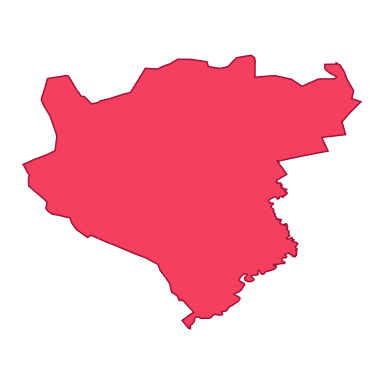 Vilpulkas pag., Rujienas, Latvia
{"feature_id": "27541924B31560097846351", "entity_name": "Vilpulkas pag.", "entity_type": "district", "adm_level": 2, "iso_a3": "LVA", "parent_name": "Latvia", "parent_adm1": "Rujienas", "projection": "equal_earth", "projection_center": [25.244, 57.94], "detail": "fine", "context": "isolated", "style": "filled", "palette": "rose", "viewbox_px": 384, "rotation_deg": 0, "n_neighbors": 0, "source": "geoboundaries", "source_scale": "gbopen_adm2", "svg_char_len": 5965}
<svg xmlns="http://www.w3.org/2000/svg" viewBox="0 0 384 384"><path d="M190.3,328.6L190.2,328.4L190.6,327.3L190.2,325.9L190.7,325.1L192.3,324.1L192.5,323.8L194.4,321.1L194.5,320.7L194.8,318.2L195.1,317.7L195.9,317.2L197.8,317.0L198.6,317.2L200.3,318.0L201.1,318.2L202.8,318.4L205.7,318.2L208.3,318.4L210.0,317.9L211.0,317.5L211.9,316.7L213.3,314.9L214.2,314.6L215.5,314.5L220.1,315.1L221.8,314.9L222.4,314.5L222.6,314.0L221.9,312.5L222.1,311.9L222.7,311.4L225.1,311.1L226.5,310.7L226.9,310.4L227.8,308.9L228.7,307.7L229.6,306.7L233.6,304.6L235.1,303.3L237.3,302.0L238.4,301.1L239.9,299.2L239.9,298.5L239.7,297.7L238.5,296.7L234.7,295.0L234.3,294.7L234.1,294.2L234.7,293.6L238.5,292.1L240.6,290.6L242.0,289.0L242.5,287.9L244.4,285.2L244.5,284.4L244.1,283.6L242.9,282.8L240.7,281.6L239.5,280.7L239.2,280.0L239.2,279.7L239.3,279.3L240.5,277.6L241.3,276.1L242.2,275.2L244.3,274.1L245.3,274.0L246.6,274.3L246.9,274.4L247.0,275.0L246.7,275.7L245.1,276.9L244.9,277.4L244.7,279.0L245.0,280.0L246.5,281.0L248.5,281.6L250.2,281.7L251.6,281.3L252.7,280.9L253.5,280.3L253.9,279.6L254.1,279.2L251.6,277.0L251.2,276.3L251.2,276.0L251.7,275.6L252.9,275.1L253.9,275.0L256.1,275.2L256.8,275.0L257.9,274.5L258.2,274.1L258.3,273.7L257.6,272.4L257.8,270.9L258.1,270.6L259.0,270.5L259.8,270.9L260.0,271.4L259.9,272.0L260.5,273.0L261.8,274.0L262.4,274.3L263.0,274.2L263.7,274.0L264.6,273.3L265.2,272.2L266.0,271.6L270.6,270.5L273.2,269.6L275.4,268.2L276.0,267.6L276.4,266.7L276.1,266.1L275.4,265.7L274.1,265.7L273.6,265.5L273.4,265.1L273.8,264.5L274.7,264.3L275.7,264.4L278.4,264.2L281.2,263.5L282.1,263.5L283.3,263.7L284.1,263.5L284.8,263.1L285.0,262.8L285.0,262.4L284.6,262.1L283.3,261.6L282.4,260.7L281.8,259.6L281.8,259.2L282.0,258.7L282.7,257.9L283.3,257.7L284.7,257.8L285.8,257.6L286.2,257.4L286.6,257.0L286.7,256.3L285.2,255.1L284.9,254.5L285.3,254.2L288.0,253.3L289.1,253.2L289.6,253.4L290.0,254.3L292.3,255.2L292.6,255.6L292.5,256.4L294.1,256.4L294.5,256.7L295.3,256.7L295.1,256.0L295.1,255.8L295.9,255.7L296.2,255.3L296.5,254.8L296.1,254.3L296.2,253.8L296.7,253.5L296.4,253.1L296.5,252.3L296.6,251.9L296.3,251.3L296.0,250.9L295.9,250.4L296.2,250.1L296.9,250.0L297.0,249.8L296.5,249.3L296.9,249.1L296.9,248.8L296.4,248.3L295.6,247.9L295.3,247.3L297.7,243.7L296.7,243.3L296.8,242.7L296.5,242.5L295.5,242.1L294.9,242.1L294.0,242.2L292.3,241.6L291.9,241.0L291.9,240.6L292.0,240.4L292.5,240.2L293.8,240.3L293.9,240.2L294.1,239.9L293.9,239.7L292.4,239.1L292.3,238.2L291.8,237.5L291.2,237.5L290.4,238.4L289.9,238.6L288.6,238.9L287.9,239.2L287.4,239.1L286.8,238.3L287.5,237.5L288.6,236.6L289.5,236.0L289.7,235.7L288.7,234.6L288.8,233.4L289.1,232.8L288.5,232.1L288.9,231.1L288.8,230.9L287.1,229.9L286.7,229.3L287.1,229.2L287.1,228.1L287.3,227.8L287.6,226.5L287.6,226.1L287.1,225.3L286.8,224.1L286.0,223.8L284.5,224.2L284.8,224.7L285.3,224.9L284.9,225.1L284.8,225.4L283.8,224.9L282.8,224.7L281.7,224.1L280.6,223.8L279.6,222.9L279.8,222.5L280.3,222.3L281.3,219.7L280.9,219.4L280.1,219.5L279.3,220.4L279.1,220.4L278.5,220.0L278.5,219.9L279.0,219.7L278.8,219.1L278.4,218.8L277.8,218.6L277.3,218.6L276.8,219.0L276.1,218.7L275.9,218.4L276.0,218.1L276.1,217.5L275.8,216.5L274.5,215.7L274.7,215.2L275.3,214.4L275.3,214.0L273.7,212.6L273.7,212.1L273.3,211.5L273.4,211.2L273.8,211.1L273.7,209.7L273.4,209.2L272.7,208.5L271.4,207.6L271.1,207.1L271.0,206.4L271.3,205.5L271.6,205.1L272.4,204.9L273.2,204.3L273.4,203.6L273.0,203.2L272.2,203.0L271.1,203.2L270.5,203.1L269.8,202.1L269.1,201.7L268.6,201.2L268.6,200.4L268.8,200.1L270.3,199.1L270.9,198.6L272.5,198.0L273.9,196.9L275.3,197.0L276.7,197.4L277.3,199.0L277.8,199.1L278.2,198.9L279.3,198.2L279.3,197.9L279.2,197.6L279.2,197.1L280.1,196.5L280.6,196.4L281.2,196.5L282.8,197.3L283.4,197.1L283.4,196.6L282.9,195.9L283.0,195.7L285.4,195.4L285.6,195.1L285.8,194.5L286.1,194.0L287.1,193.6L287.2,193.3L287.0,192.9L286.4,192.6L286.5,192.4L286.4,192.4L286.0,192.3L286.0,191.9L285.9,191.7L284.9,191.2L285.3,190.8L285.0,190.4L285.2,190.2L285.7,190.2L286.7,189.6L286.5,189.2L286.1,189.0L285.5,189.5L284.4,189.2L284.0,188.9L284.1,188.4L283.9,188.2L282.6,188.5L282.4,188.4L282.6,188.1L282.1,187.9L281.6,187.8L281.3,187.5L281.3,187.4L281.5,187.0L281.2,186.8L281.5,186.5L280.9,185.8L281.6,185.8L281.9,185.7L282.2,185.3L281.1,185.0L280.7,184.7L281.4,184.3L280.9,183.2L279.5,182.8L278.4,183.1L277.0,182.8L276.3,182.5L276.2,182.2L276.6,181.6L277.1,181.4L277.1,181.1L276.7,180.7L276.8,180.1L286.7,174.4L285.6,172.5L280.9,166.0L280.6,166.1L278.3,162.7L278.9,162.5L277.9,161.5L277.3,160.8L279.3,160.9L290.7,158.4L302.7,155.9L328.1,151.0L325.2,144.9L321.8,137.4L345.6,134.6L342.0,121.9L346.2,117.0L348.9,113.7L349.0,113.7L361.0,101.7L351.8,98.7L353.6,90.7L346.7,78.6L344.9,73.2L343.8,71.1L340.3,65.2L336.2,62.9L336.4,64.1L324.7,64.4L324.9,68.6L326.2,70.3L329.5,72.9L336.8,76.9L334.7,78.8L318.5,79.0L301.9,86.2L291.5,79.3L274.7,75.6L255.0,77.2L255.0,63.0L255.3,61.7L254.5,57.8L251.4,55.4L245.7,56.1L236.6,57.8L231.2,63.1L228.2,66.6L226.7,66.8L224.2,67.7L223.4,67.7L219.3,68.4L208.4,66.5L206.9,61.8L191.2,59.4L177.8,59.2L169.6,64.0L164.3,65.8L157.5,69.0L149.5,68.6L145.3,68.3L143.0,72.3L130.6,92.3L122.5,94.5L109.9,98.6L100.2,100.9L98.1,102.5L91.4,103.9L84.4,96.6L84.0,96.4L81.0,96.3L78.9,92.6L77.6,91.4L69.4,77.6L68.2,76.0L67.0,75.5L47.5,78.6L45.1,87.3L42.2,96.1L41.7,97.9L41.3,100.1L43.8,105.5L50.2,116.3L56.4,134.3L56.2,134.5L56.8,135.9L56.8,136.3L55.7,146.3L54.9,150.9L45.5,155.2L33.5,159.8L23.0,164.5L23.6,165.1L27.4,172.4L29.6,175.8L28.5,177.3L28.6,185.9L44.6,199.6L47.0,202.3L45.9,208.6L48.2,211.4L52.4,214.2L59.0,215.2L62.2,216.2L64.0,216.4L64.2,216.6L66.0,216.9L66.3,217.1L66.8,217.1L67.6,217.4L67.9,217.3L70.1,218.0L72.0,223.3L76.2,229.3L86.1,236.4L87.7,237.5L90.9,235.2L106.1,241.9L110.6,243.5L132.8,252.9L146.3,258.1L158.3,264.6L158.3,265.3L160.5,271.0L165.3,276.9L169.9,284.1L171.5,291.9L177.3,296.0L179.3,300.6L182.5,300.0L193.7,312.2L182.1,320.4L187.5,327.0L188.2,328.0L189.2,328.5L190.3,328.6Z" fill="#f43f5e" stroke="#9f1239" stroke-width="1.5"/></svg>